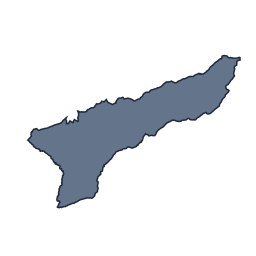 Muereasca, Vâlcea, Romania, rotated 102°
{"feature_id": "2599482B47458721645660", "entity_name": "Muereasca", "entity_type": "district", "adm_level": 2, "iso_a3": "ROU", "parent_name": "Romania", "parent_adm1": "Vâlcea", "projection": "robinson", "projection_center": [24.285, 45.218], "detail": "fine", "context": "isolated", "style": "filled", "palette": "slate", "viewbox_px": 256, "rotation_deg": 102, "n_neighbors": 0, "source": "geoboundaries", "source_scale": "gbopen_adm2", "svg_char_len": 5867}
<svg xmlns="http://www.w3.org/2000/svg" viewBox="0 0 256 256"><g transform="rotate(102 128 128)"><path d="M201.8,146.8L201.2,146.5L198.9,146.5L197.7,145.7L197.2,145.0L196.3,144.7L195.0,144.9L193.1,144.7L192.2,145.2L192.0,145.5L191.7,145.7L189.9,145.9L188.1,145.8L187.0,146.0L186.8,146.2L186.5,147.1L186.1,147.5L184.2,147.5L183.3,147.2L182.1,147.4L178.8,145.0L178.3,145.1L177.0,145.7L176.5,145.7L175.8,144.4L175.5,144.1L172.3,144.3L171.2,144.2L170.9,144.1L170.7,143.4L170.4,143.3L169.0,143.8L168.8,143.1L166.2,141.1L164.6,140.0L163.4,139.5L163.0,139.1L161.3,137.8L160.1,137.6L159.7,137.2L157.3,136.5L156.6,135.9L154.9,135.0L153.8,134.8L152.7,132.9L152.0,132.3L150.9,129.5L150.0,129.0L149.2,128.2L149.0,126.9L148.4,125.5L148.0,125.2L147.0,124.7L146.3,123.5L146.5,122.9L146.5,122.1L146.8,120.4L146.7,119.5L146.1,118.8L145.3,117.3L144.7,116.8L144.2,115.8L142.7,115.4L142.6,115.1L142.7,114.8L141.8,114.6L140.0,113.4L139.9,113.1L138.6,112.4L138.8,112.0L138.3,112.0L137.3,111.4L133.9,111.2L131.7,110.5L131.1,109.9L130.1,109.7L130.5,108.7L130.4,107.9L130.5,107.1L131.3,106.1L131.2,105.4L130.2,103.5L130.3,102.2L130.0,100.6L129.8,100.2L128.6,99.6L126.1,99.1L123.8,98.0L121.4,95.9L119.6,93.8L116.5,92.0L115.0,91.0L112.4,87.5L111.1,86.4L111.0,85.3L110.6,84.3L111.0,83.1L111.1,82.2L111.1,79.9L110.8,78.6L110.2,77.4L109.2,76.7L108.1,73.0L107.2,72.4L106.5,71.6L106.0,70.8L106.0,70.3L106.7,69.3L106.9,68.6L106.7,66.7L106.1,65.0L106.3,64.5L106.2,64.1L105.7,63.5L103.6,62.3L101.8,60.1L100.7,59.7L99.9,58.6L97.9,57.2L97.5,56.2L96.5,54.9L96.7,54.5L97.5,53.9L97.7,52.8L97.0,50.9L94.1,48.5L91.3,46.6L90.1,45.4L88.3,44.1L87.7,43.4L87.3,43.2L85.6,43.4L82.9,42.1L81.9,42.1L79.6,41.3L77.2,39.7L75.3,39.6L72.6,37.7L71.9,37.3L70.8,37.0L70.3,37.0L70.0,37.4L69.5,39.8L67.8,40.8L66.9,41.1L66.0,40.7L64.5,39.1L59.9,37.2L58.7,36.3L56.1,35.3L55.0,34.6L54.8,34.7L54.4,35.1L53.3,35.9L52.1,36.0L48.2,35.9L47.5,36.1L47.1,36.6L46.5,36.8L45.3,36.3L44.0,34.8L41.9,35.0L40.4,35.5L40.2,35.4L39.0,34.1L38.3,33.0L38.2,32.5L35.8,33.1L35.7,33.3L35.8,33.9L36.8,35.5L37.5,37.6L37.7,39.4L37.7,41.9L37.8,42.4L38.4,43.5L38.0,44.7L37.0,46.2L37.1,48.7L37.2,49.4L37.9,50.6L38.4,51.0L39.2,50.7L40.8,50.9L41.1,52.1L41.3,52.4L44.4,54.8L45.6,56.1L48.4,57.8L51.4,60.2L54.3,61.2L55.0,61.8L55.3,62.3L56.8,63.1L59.1,65.2L59.7,65.9L59.7,66.3L60.1,66.9L59.7,68.1L59.7,68.3L60.2,68.6L60.1,68.9L60.3,69.3L59.8,69.7L59.9,70.1L60.6,70.9L62.4,73.6L64.0,74.9L64.2,75.4L64.6,77.8L65.3,79.3L68.0,82.5L68.2,83.5L68.9,84.9L70.1,86.0L71.9,88.7L73.4,89.9L73.7,90.5L74.0,91.3L74.0,92.1L73.8,92.7L73.6,93.7L73.1,95.3L74.2,96.8L75.0,100.1L78.0,102.6L79.2,103.1L81.0,104.6L82.2,106.4L82.4,107.3L84.0,109.2L84.3,109.8L84.3,110.3L85.0,111.0L86.0,113.3L86.9,114.1L87.9,114.4L88.8,115.1L89.0,117.0L89.4,117.9L90.7,119.2L90.8,119.4L92.3,120.2L93.0,120.2L93.9,120.5L95.2,121.4L95.5,122.0L96.0,122.2L96.9,122.3L97.5,123.8L97.8,124.3L100.2,127.1L100.3,127.9L99.5,129.3L99.0,131.0L99.0,132.2L98.8,133.9L99.1,134.9L100.5,137.9L99.2,139.0L99.1,139.6L100.3,141.4L100.6,143.1L102.0,144.2L105.1,145.3L106.3,145.2L106.3,145.9L107.2,146.6L107.4,147.2L108.2,147.7L108.1,148.7L107.2,152.7L105.9,154.2L104.6,155.1L105.8,155.9L106.7,156.3L107.3,156.8L107.4,157.2L107.2,157.8L107.5,158.3L107.4,159.4L108.9,159.7L109.5,160.1L110.8,162.6L110.9,163.9L112.2,164.2L113.2,164.9L114.1,165.0L115.5,166.2L115.8,167.9L116.1,168.5L118.0,170.3L118.5,171.4L119.0,171.7L120.2,171.8L120.7,172.3L120.9,172.9L121.5,174.0L121.6,175.0L122.0,175.6L121.6,176.6L122.2,177.6L122.3,178.1L122.5,178.5L121.9,179.6L121.9,180.7L123.3,179.7L125.8,178.9L128.6,179.3L129.3,178.7L129.9,178.6L130.2,178.3L131.5,178.2L132.1,178.4L130.9,182.2L132.9,182.8L134.1,182.7L133.8,184.5L133.1,186.2L134.7,186.9L136.1,187.1L136.5,189.0L135.8,189.0L135.8,189.3L133.6,189.7L132.6,190.7L131.8,190.7L130.6,190.4L131.1,190.9L132.6,191.7L134.1,193.1L136.2,193.9L137.1,194.8L137.7,195.5L140.3,200.4L141.1,201.3L143.0,204.4L144.6,206.5L145.3,207.8L145.7,209.2L147.0,211.6L147.3,212.4L147.3,212.6L147.7,213.0L148.9,214.5L148.6,215.7L148.2,216.6L147.6,217.2L148.0,218.2L148.3,218.6L148.9,220.0L150.6,220.7L151.5,220.8L151.6,221.3L151.9,221.3L152.4,221.8L152.9,221.7L153.3,221.4L153.6,221.4L153.7,221.5L154.9,221.4L156.0,220.7L160.7,223.5L161.7,221.5L162.5,220.9L163.2,219.4L164.0,218.5L164.1,217.4L165.4,216.7L165.9,216.0L165.8,215.5L166.7,214.4L167.0,213.4L166.9,213.2L167.1,211.9L167.0,211.2L167.4,210.7L167.2,210.3L167.9,209.9L168.1,209.1L168.4,209.0L168.9,209.1L169.0,209.0L169.0,208.7L168.5,208.4L168.4,208.0L168.5,207.2L168.5,206.8L168.1,206.7L168.1,206.4L168.2,205.2L168.7,204.3L169.0,204.3L169.2,204.0L169.9,201.9L171.2,199.5L171.3,198.9L171.7,197.9L172.3,197.4L173.8,196.8L174.0,196.4L174.1,195.1L174.9,194.8L176.6,193.6L177.1,191.8L177.6,192.1L178.2,191.6L178.3,191.5L177.5,190.9L177.8,190.5L178.5,190.2L178.5,189.3L179.1,188.4L179.1,187.4L178.8,187.1L179.1,186.7L180.0,186.3L181.0,186.6L182.0,186.1L182.1,185.5L181.8,184.8L182.2,184.8L183.2,184.1L183.3,183.9L183.1,183.5L183.6,182.7L183.8,183.1L184.1,182.9L184.6,182.2L185.1,182.1L186.1,181.4L187.9,181.6L188.1,182.1L188.9,181.9L192.5,182.0L193.2,181.4L193.8,181.5L195.2,181.2L195.5,181.5L196.6,180.8L197.1,180.9L197.5,180.7L198.9,182.2L199.7,182.4L200.0,182.2L200.7,182.2L201.5,182.7L202.2,182.7L203.3,182.3L204.6,182.5L206.7,182.3L207.2,182.2L207.2,181.8L208.2,181.9L209.5,182.8L210.1,182.6L211.1,182.8L212.8,182.7L213.9,182.2L214.1,181.2L213.6,180.5L214.5,179.3L215.1,179.2L215.5,179.6L218.6,180.2L220.0,180.7L220.3,180.2L220.2,178.6L219.4,177.6L219.6,176.5L219.4,176.2L219.2,176.2L218.9,175.8L218.5,174.7L218.1,174.3L218.0,173.1L217.2,172.3L216.4,170.9L215.6,170.6L215.1,169.2L213.4,166.9L212.8,165.1L211.6,164.1L210.7,162.5L210.0,161.7L209.5,161.5L207.7,159.1L207.3,158.0L206.9,157.6L205.8,155.1L205.3,154.4L204.9,153.7L204.5,151.1L204.3,150.7L204.2,148.7L203.2,147.7L202.3,147.2L201.8,146.8Z" fill="#64748b" stroke="#1e293b" stroke-width="1.5"/></g></svg>